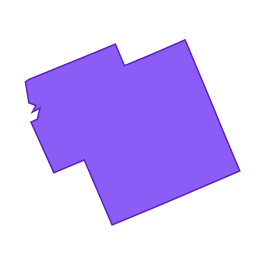 outline of Carroll, Indiana, United States of America, rotated 337°
{"feature_id": "52423323B58725996367098", "entity_name": "Carroll", "entity_type": "district", "adm_level": 2, "iso_a3": "USA", "parent_name": "United States of America", "parent_adm1": "Indiana", "projection": "natural_earth1", "projection_center": [-86.613, 40.585], "detail": "fine", "context": "isolated", "style": "filled", "palette": "violet", "viewbox_px": 256, "rotation_deg": 337, "n_neighbors": 0, "source": "geoboundaries", "source_scale": "gbopen_adm2", "svg_char_len": 431}
<svg xmlns="http://www.w3.org/2000/svg" viewBox="0 0 256 256"><g transform="rotate(337 128 128)"><path d="M124.6,45.6L91.2,45.1L55.7,44.6L51.6,45.5L46.6,66.2L52.1,71.4L46.2,76.0L54.8,75.3L47.9,84.5L41.0,84.7L42.3,140.2L75.3,140.3L75.5,211.0L125.0,211.4L132.5,211.4L214.1,211.2L214.3,164.3L214.6,140.6L215.0,69.2L174.0,69.5L149.1,69.2L149.1,55.7L149.1,45.8L124.6,45.6Z" fill="#8b5cf6" stroke="#5b21b6" stroke-width="1.5"/></g></svg>